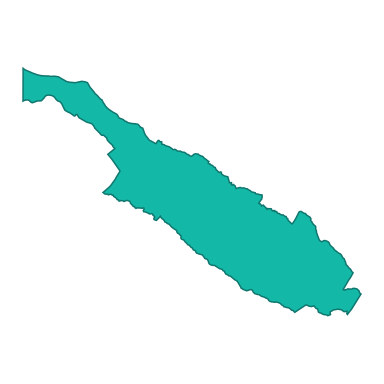 outline of Gatundu South, Central, Kenya
{"feature_id": "3690345B82721742326841", "entity_name": "Gatundu South", "entity_type": "district", "adm_level": 2, "iso_a3": "KEN", "parent_name": "Kenya", "parent_adm1": "Central", "projection": "orthographic", "projection_center": [36.813, -0.954], "detail": "fine", "context": "isolated", "style": "filled", "palette": "teal", "viewbox_px": 384, "rotation_deg": 0, "n_neighbors": 0, "source": "geoboundaries", "source_scale": "gbopen_adm2", "svg_char_len": 6033}
<svg xmlns="http://www.w3.org/2000/svg" viewBox="0 0 384 384"><path d="M23.1,68.3L23.0,101.1L24.2,100.5L25.5,100.1L27.8,99.9L29.1,100.4L30.7,102.0L32.2,102.8L36.3,101.4L37.1,101.0L38.5,100.9L40.0,100.9L41.5,100.7L44.3,97.7L45.3,96.1L47.1,95.2L49.3,95.1L50.6,95.3L52.0,95.6L53.5,96.4L54.7,97.4L55.7,98.9L56.9,100.2L57.8,101.0L59.8,101.6L60.6,102.4L61.7,103.7L64.8,110.1L65.6,110.7L68.2,112.2L69.4,112.6L71.9,114.2L74.2,116.0L75.4,115.7L76.0,114.5L77.1,114.5L78.9,117.6L80.0,118.3L85.7,121.6L88.0,122.6L89.3,122.8L92.0,123.9L92.9,124.9L94.0,126.4L94.9,128.3L99.6,133.0L100.4,134.0L101.6,135.2L103.6,135.3L104.7,136.2L105.5,137.0L106.4,137.6L106.9,138.6L107.1,139.7L108.0,140.9L109.5,142.6L111.7,144.5L112.6,145.5L113.0,146.7L114.8,148.3L114.2,149.1L107.8,154.3L111.9,159.3L119.5,170.2L120.0,171.2L116.6,176.7L115.4,179.0L110.6,185.7L108.9,187.4L103.0,192.5L104.7,193.9L106.1,194.2L107.3,194.1L108.6,194.9L109.8,194.3L111.1,194.3L112.3,195.2L113.4,195.2L113.6,196.4L114.8,197.1L116.0,197.9L117.2,199.6L118.4,199.8L118.6,200.8L119.6,201.1L120.8,200.6L122.9,200.7L123.9,201.5L126.4,200.5L127.7,200.5L129.7,201.4L130.3,202.1L130.4,203.2L132.0,204.8L132.7,205.8L133.7,206.6L134.7,206.8L135.0,207.7L136.0,208.4L137.1,207.8L138.1,208.0L139.4,207.9L142.0,208.3L143.0,208.0L144.0,208.2L144.0,209.5L143.2,210.6L143.8,211.8L145.2,211.9L148.6,213.3L149.4,214.0L150.4,213.9L151.6,213.7L152.6,214.0L153.0,215.3L154.2,216.1L154.8,217.2L153.9,218.2L154.0,219.5L155.4,220.1L156.5,220.4L160.4,216.3L160.7,217.2L162.2,218.8L163.2,219.4L163.8,220.1L164.4,220.9L164.9,222.0L166.2,222.4L167.1,223.4L169.6,224.5L170.2,225.5L171.8,227.2L174.4,229.1L175.9,229.9L176.7,231.0L177.1,232.4L177.6,233.2L178.6,233.5L181.0,236.0L181.0,238.6L181.9,239.3L183.8,240.0L185.1,241.8L186.1,242.7L187.8,244.7L189.7,245.5L190.2,246.5L191.2,247.5L192.3,247.9L193.3,249.9L195.4,250.7L195.9,252.2L196.6,253.1L197.9,253.5L198.8,254.0L202.0,254.7L203.6,256.5L204.7,258.3L205.6,258.9L206.8,259.0L207.5,259.7L208.0,260.4L208.9,263.2L209.4,264.0L210.6,264.8L212.8,265.4L214.0,265.4L215.3,265.7L215.9,266.3L219.7,268.7L222.1,269.3L222.9,270.6L223.9,271.0L224.6,271.7L224.9,272.6L226.1,274.3L227.5,274.6L228.4,275.7L230.4,276.1L234.9,279.9L236.1,280.4L237.2,281.3L237.8,282.1L240.7,287.1L241.3,288.4L242.3,288.6L243.0,289.4L246.8,290.8L250.2,289.7L251.1,289.6L251.9,289.9L252.7,290.9L253.3,292.2L254.7,293.6L257.9,294.6L259.0,294.6L261.6,296.4L264.2,297.1L266.0,298.1L267.1,298.4L267.9,299.0L269.0,300.7L270.1,301.4L271.6,301.9L273.5,302.0L274.7,302.3L275.8,302.1L276.9,302.1L279.7,303.1L281.0,304.1L281.7,304.9L283.4,305.9L283.9,306.8L285.4,307.0L286.4,307.5L288.1,307.7L289.5,308.2L291.6,310.2L293.2,310.5L294.0,311.6L294.8,312.3L306.1,304.8L309.1,306.2L311.5,306.6L312.7,306.2L314.3,306.1L314.9,306.7L315.2,307.6L316.2,308.5L317.5,308.9L318.0,310.1L318.3,311.9L319.4,312.7L321.5,313.3L322.3,314.0L323.8,314.6L325.4,314.7L326.8,315.0L327.8,315.7L330.5,314.6L330.2,313.1L330.3,311.6L332.0,310.9L332.8,310.3L333.8,309.8L335.9,309.6L336.8,309.3L337.9,309.1L340.0,309.6L341.2,309.6L343.8,311.6L344.6,311.7L347.0,311.2L347.0,312.7L346.8,313.6L347.4,314.5L351.6,309.1L361.0,294.0L359.7,293.0L359.0,290.8L357.2,289.1L355.8,288.6L354.0,288.3L352.6,288.5L351.8,289.1L347.6,288.9L346.6,289.6L345.3,289.7L344.4,290.1L343.2,289.5L348.8,279.9L350.4,277.7L353.1,272.8L351.7,271.4L351.0,270.0L350.1,268.8L349.1,268.1L347.2,265.6L346.1,264.7L345.5,261.9L344.8,260.6L344.2,258.8L343.1,258.1L341.4,255.1L340.6,254.1L338.4,252.9L334.2,249.6L333.7,248.4L330.2,245.3L329.2,242.9L328.1,241.7L327.0,241.2L325.0,240.5L323.9,240.6L321.9,241.7L320.3,241.1L319.4,240.1L318.8,238.9L318.2,236.9L317.6,236.1L317.5,235.0L316.4,232.2L316.5,230.9L315.9,229.6L315.6,228.2L315.8,227.0L315.3,226.0L313.5,224.5L312.2,222.7L311.8,221.6L310.9,220.9L310.6,220.0L311.0,219.0L310.4,217.8L309.9,217.1L306.5,215.0L306.1,214.2L305.2,213.4L304.0,213.3L301.1,211.4L300.1,211.5L299.0,212.0L296.5,217.1L294.6,220.5L292.3,223.9L291.0,223.1L288.0,220.1L287.8,218.8L286.9,218.2L286.1,216.5L285.2,216.4L284.1,215.8L283.2,214.9L282.1,215.0L280.6,214.5L279.0,213.4L277.3,213.2L276.9,211.9L275.8,211.3L274.6,211.5L274.6,210.6L273.7,210.5L272.3,210.8L271.7,210.1L271.4,208.9L270.4,208.6L269.2,208.8L267.7,208.5L267.0,209.3L266.4,208.6L265.9,207.6L264.8,206.8L263.4,205.1L262.5,205.4L261.6,206.0L261.0,204.8L260.2,203.9L258.8,203.5L259.1,202.6L261.7,199.1L262.2,196.8L262.0,194.9L259.8,194.7L257.8,194.0L256.8,194.1L255.8,193.8L255.3,192.8L254.3,192.5L252.0,192.0L251.0,191.5L250.4,190.7L248.2,189.6L247.3,188.8L246.2,188.8L244.9,188.2L243.8,187.9L241.4,188.0L240.2,187.4L236.1,188.5L235.1,185.9L233.3,184.4L232.5,185.1L231.4,184.8L231.5,182.6L230.5,182.6L229.5,182.8L227.8,176.7L226.1,176.4L224.8,176.0L223.8,175.6L222.2,174.5L221.4,173.8L221.4,172.6L220.9,171.9L219.0,172.4L216.2,169.7L215.6,168.5L215.3,167.5L214.0,167.1L212.5,165.5L210.7,164.8L210.2,164.0L209.3,163.9L208.3,163.3L208.4,162.3L208.9,161.5L208.0,161.0L205.7,159.1L204.6,158.5L203.2,156.9L202.2,156.2L201.3,156.1L200.5,155.6L199.4,155.3L198.2,154.1L195.3,153.8L194.1,154.2L193.4,154.7L192.7,155.5L191.4,156.2L189.4,155.7L188.9,154.8L186.8,154.1L185.8,153.2L184.4,152.3L182.2,152.1L180.4,151.1L179.3,151.2L177.4,151.0L175.8,149.7L174.6,149.3L173.6,149.6L172.7,149.6L172.1,148.7L169.1,146.7L167.5,146.3L165.2,145.5L164.2,144.7L161.9,144.2L161.6,141.7L160.4,141.8L159.6,141.3L158.9,140.4L157.9,140.7L157.1,141.8L156.1,143.6L155.2,143.4L153.3,142.2L152.3,141.8L151.6,141.2L150.5,140.9L148.9,139.7L147.8,138.1L146.3,136.3L145.3,134.9L144.4,132.9L142.8,128.2L140.7,127.3L138.2,124.5L137.2,124.0L136.0,124.0L135.1,123.7L134.0,123.7L131.2,123.4L127.8,122.6L126.1,121.4L124.7,121.0L123.3,119.6L119.0,117.9L117.6,115.2L116.6,114.1L113.0,112.2L108.6,109.2L106.7,107.4L105.2,105.7L104.5,104.3L103.4,102.8L101.8,99.7L100.5,99.1L97.0,95.2L95.3,93.8L93.5,91.3L90.0,87.2L87.5,82.7L85.2,81.8L81.8,81.3L75.3,82.7L69.4,82.2L66.5,81.5L58.4,76.8L54.6,76.2L51.1,76.4L48.4,76.0L43.9,75.9L40.2,75.5L37.4,74.8L32.6,73.1L25.2,69.9L23.1,68.3Z" fill="#14b8a6" stroke="#0f766e" stroke-width="1.5"/></svg>